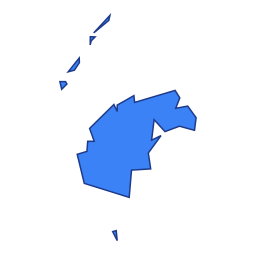 outline of Western
{"feature_id": "FJI-2620", "entity_name": "Western", "entity_type": "Division", "adm_level": 1, "iso_a3": "FJI", "parent_name": "Fiji", "parent_adm1": "", "projection": "natural_earth1", "projection_center": [177.638, -19.194], "detail": "coarse", "context": "isolated", "style": "filled", "palette": "blue", "viewbox_px": 256, "rotation_deg": 0, "n_neighbors": 0, "source": "natural_earth", "source_scale": "10m", "svg_char_len": 692}
<svg xmlns="http://www.w3.org/2000/svg" viewBox="0 0 256 256"><path d="M129.2,197.4L84.3,183.4L77.2,154.3L86.9,151.4L87.7,141.3L94.2,141.3L89.6,128.4L113.9,104.5L117.2,111.5L117.2,105.1L133.9,95.6L134.6,102.4L175.1,90.4L179.8,97.9L175.7,108.3L187.7,106.1L196.1,117.7L194.5,130.3L179.4,126.2L165.0,131.6L154.1,119.7L151.6,140.2L161.0,135.6L148.3,153.0L150.7,168.9L131.5,170.1L129.2,197.4ZM68.2,71.8L79.2,58.0L79.4,62.6L74.4,70.2L68.2,71.8ZM93.7,32.9L109.9,15.4L108.8,20.4L93.7,32.9ZM59.9,81.6L65.5,81.6L66.9,84.0L61.7,89.3L59.9,81.6ZM112.7,231.6L116.2,230.6L117.2,240.6L112.7,231.6ZM95.1,36.9L91.1,41.0L90.2,45.0L90.3,36.7L95.1,36.9Z" fill="#3b82f6" stroke="#1e3a8a" stroke-width="1.5"/></svg>